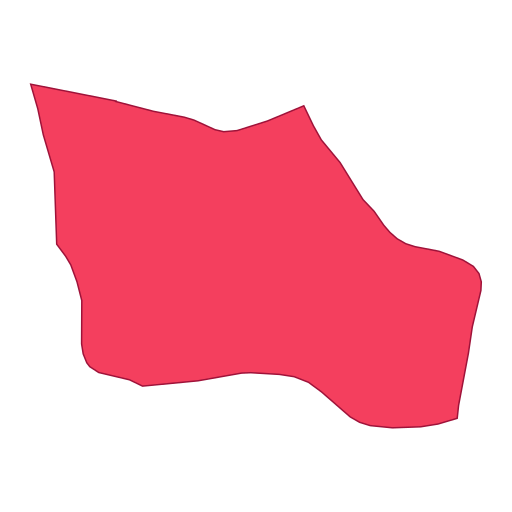 Ulaanbaatar, Albers equal-area conic projection
{"feature_id": "MNG-3331", "entity_name": "Ulaanbaatar", "entity_type": "Municipality", "adm_level": 1, "iso_a3": "MNG", "parent_name": "Mongolia", "parent_adm1": "", "projection": "albers", "projection_center": [106.992, 47.946], "detail": "fine", "context": "isolated", "style": "filled", "palette": "rose", "viewbox_px": 512, "rotation_deg": 0, "n_neighbors": 0, "source": "natural_earth", "source_scale": "10m", "svg_char_len": 835}
<svg xmlns="http://www.w3.org/2000/svg" viewBox="0 0 512 512"><path d="M30.7,84.2L116.9,101.2L115.0,101.3L153.4,111.3L184.3,117.2L194.0,120.1L215.0,129.7L223.7,131.7L237.0,130.6L267.4,121.0L303.8,105.8L313.4,125.8L321.3,139.9L340.1,162.6L363.0,199.6L374.1,211.3L383.8,225.3L389.9,232.4L397.2,238.8L405.7,243.7L415.1,246.7L439.2,251.3L462.8,260.0L473.4,266.4L479.0,273.6L481.3,281.9L480.9,290.5L472.3,326.8L468.4,353.3L458.6,405.3L457.2,418.3L438.1,424.0L420.7,426.8L392.4,427.8L370.2,425.6L359.6,422.3L350.2,416.9L321.5,391.9L308.5,382.3L294.2,376.7L279.4,374.4L250.7,372.7L241.5,373.1L198.0,380.8L142.5,386.1L129.5,379.8L98.7,372.5L89.8,366.7L86.8,362.8L83.2,353.9L81.6,343.9L81.8,300.6L77.0,281.8L70.8,264.9L65.7,256.3L56.7,244.2L54.2,171.9L43.3,134.8L37.8,108.8L30.7,84.2Z" fill="#f43f5e" stroke="#9f1239" stroke-width="1.5"/></svg>